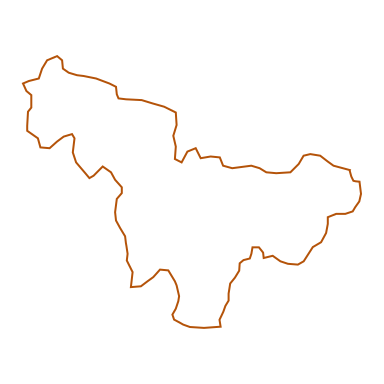 Gunwi-gun, North Gyeongsang, South Korea (Natural Earth projection)
{"feature_id": "91817680B30315657457409", "entity_name": "Gunwi-gun", "entity_type": "district", "adm_level": 2, "iso_a3": "KOR", "parent_name": "South Korea", "parent_adm1": "North Gyeongsang", "projection": "natural_earth1", "projection_center": [128.644, 36.164], "detail": "fine", "context": "isolated", "style": "outline", "palette": "amber", "viewbox_px": 384, "rotation_deg": 0, "n_neighbors": 0, "source": "geoboundaries", "source_scale": "gbopen_adm2", "svg_char_len": 1707}
<svg xmlns="http://www.w3.org/2000/svg" viewBox="0 0 384 384"><path d="M349.9,170.1L333.5,165.7L327.7,161.5L320.2,155.7L310.3,154.1L303.6,155.7L298.7,164.0L290.4,172.3L276.2,173.2L266.3,172.3L259.6,168.2L251.3,165.7L232.2,168.2L223.1,165.7L219.8,157.4L210.6,156.5L200.7,158.2L195.7,148.2L187.4,151.6L181.6,162.4L174.9,159.0L175.8,146.6L173.3,135.8L176.6,125.0L175.8,112.5L164.1,106.7L152.5,103.4L141.7,100.1L126.0,99.3L118.5,98.4L116.8,94.3L116.0,86.8L109.4,83.5L96.1,78.5L83.6,76.0L77.0,75.2L68.7,72.7L62.9,68.6L62.1,60.3L57.1,56.1L47.1,60.3L42.1,68.6L38.8,78.5L28.9,81.0L23.0,83.5L24.3,86.3L26.4,91.0L31.3,95.1L31.3,100.1L31.3,107.6L28.0,111.7L27.2,125.8L27.2,130.8L37.9,138.3L40.4,147.4L49.6,148.2L57.0,141.6L63.7,136.6L72.0,134.1L74.5,138.3L72.8,152.4L76.1,162.4L85.3,173.2L89.4,178.1L93.6,175.7L102.7,166.5L111.0,172.3L115.1,179.8L121.8,187.3L121.8,193.1L116.8,198.9L115.1,212.2L116.0,220.5L120.1,228.0L125.1,236.3L125.9,243.0L126.4,245.8L127.6,253.8L126.8,260.5L132.6,272.1L130.9,287.1L140.9,286.3L147.5,281.3L153.3,277.1L160.0,269.6L168.3,270.4L174.9,281.3L176.6,285.4L179.1,296.2L178.3,301.2L175.8,308.7L172.4,314.6L174.1,319.6L180.4,323.0L183.2,324.6L189.9,327.0L204.0,327.9L220.6,326.7L219.5,319.8L223.3,311.8L225.4,305.9L228.6,300.6L228.6,293.6L230.2,283.5L234.9,277.7L239.2,270.7L239.7,263.3L243.5,260.1L249.8,258.5L251.4,253.7L252.5,247.3L258.9,247.3L263.1,252.6L263.7,258.0L272.7,255.8L280.4,261.3L287.9,263.8L297.9,264.6L303.7,261.3L312.8,247.1L321.1,242.2L326.1,233.0L327.8,223.9L327.8,217.2L336.1,213.9L345.2,213.9L352.7,211.4L355.2,207.2L359.3,201.4L361.0,193.9L359.5,181.7L355.6,181.3L353.4,180.8L351.3,176.5L349.7,170.7L349.9,170.1Z" fill="none" stroke="#b45309" stroke-width="2"/></svg>